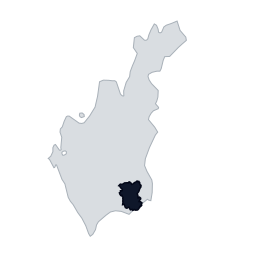 Talin, Aragatsotn, Armenia (highlighted), rotated 250°
{"feature_id": "60910142B13156315773752", "entity_name": "Talin", "entity_type": "district", "adm_level": 2, "iso_a3": "ARM", "parent_name": "Armenia", "parent_adm1": "Aragatsotn", "projection": "natural_earth1", "projection_center": [43.741, 40.354], "detail": "fine", "context": "in_parent", "style": "filled", "palette": "ink", "viewbox_px": 256, "rotation_deg": 250, "n_neighbors": 0, "source": "geoboundaries", "source_scale": "gbopen_adm2", "svg_char_len": 3739}
<svg xmlns="http://www.w3.org/2000/svg" viewBox="0 0 256 256"><g transform="rotate(250 128 128)"><path d="M114.0,154.5L112.1,151.4L102.3,141.5L93.2,133.8L87.0,130.7L80.7,131.0L71.0,132.6L67.4,131.9L59.0,128.6L51.9,124.6L52.9,123.0L54.4,121.8L52.6,116.7L48.7,108.4L49.1,105.8L47.8,102.2L46.5,99.5L52.0,93.1L54.5,87.9L55.1,82.8L53.6,77.6L50.0,68.1L47.7,65.3L43.6,62.7L40.1,58.5L39.2,55.5L42.2,54.9L50.7,54.9L59.0,53.8L65.5,51.9L74.9,50.2L78.8,48.8L83.3,48.1L97.1,49.6L102.3,48.4L117.7,48.2L118.1,47.6L116.0,45.6L116.0,44.8L125.3,43.5L126.7,42.6L127.9,45.8L131.4,49.3L135.2,50.7L137.2,52.7L137.3,54.2L130.6,56.0L130.2,56.9L130.6,57.8L132.6,58.2L142.0,62.6L147.4,62.7L150.2,64.1L151.6,66.7L156.1,70.3L159.7,73.9L159.9,75.1L159.3,76.8L149.3,83.7L148.1,86.1L147.9,88.6L152.4,96.0L158.9,104.2L168.3,110.3L181.2,117.1L181.4,121.2L179.4,126.2L177.7,129.5L176.9,131.8L175.3,132.8L162.5,132.5L160.6,133.3L159.7,134.3L159.7,135.1L164.3,136.6L171.5,141.9L175.7,147.1L180.1,149.3L184.9,153.4L188.9,157.2L194.9,162.2L201.7,160.5L210.7,164.9L211.1,167.9L210.6,170.6L204.9,173.5L204.3,174.7L204.3,175.7L205.0,177.1L208.4,179.5L212.3,183.1L216.8,188.3L214.8,189.9L210.7,190.1L207.5,189.5L206.4,190.6L206.5,192.3L210.7,196.3L211.5,199.2L211.4,204.3L211.7,210.7L201.9,210.3L193.6,213.4L190.4,212.8L188.3,207.3L186.5,202.9L181.0,191.6L182.5,186.9L179.5,184.2L172.3,179.4L170.5,177.4L171.5,174.7L172.1,169.7L171.4,165.6L169.5,164.4L165.9,164.3L161.6,165.3L152.9,169.2L146.9,166.7L143.4,164.2L141.4,162.1L136.9,163.8L135.8,163.0L135.5,157.8L134.1,155.0L131.4,151.7L128.9,150.1L119.6,153.4L114.0,154.5ZM128.0,61.2L128.3,59.3L127.8,57.6L126.3,57.1L124.5,57.5L124.4,59.4L124.9,61.2L126.8,62.0L128.0,61.2ZM157.8,90.1L155.7,91.3L153.7,90.8L153.7,87.8L155.1,86.7L156.8,86.7L158.4,87.8L157.8,90.1Z" fill="#d9dde1" stroke="#a8b0b8" stroke-width="1"/><path d="M76.9,99.6L76.5,100.1L76.1,100.5L74.9,100.5L73.8,100.9L72.4,101.7L71.1,101.0L71.6,99.4L70.4,99.0L70.1,98.5L70.1,97.8L69.2,97.7L68.6,97.7L67.9,97.9L67.0,98.1L66.9,98.3L67.0,98.7L67.0,99.2L66.9,99.4L66.7,99.4L66.4,99.2L66.0,99.1L65.7,99.1L65.3,99.3L64.5,99.5L64.1,99.5L63.6,99.0L63.0,98.8L62.4,98.9L61.1,98.0L60.8,98.0L60.5,98.2L58.6,97.1L57.8,96.7L57.7,98.1L57.6,98.3L56.2,98.3L54.1,98.3L53.1,99.3L53.0,99.7L53.3,101.0L53.3,101.8L52.7,101.9L51.1,102.1L50.4,102.2L50.2,102.4L50.2,103.1L50.2,104.0L49.4,104.0L49.2,104.2L49.0,104.3L49.0,104.5L49.0,104.8L49.2,105.0L49.2,105.3L49.3,105.4L49.3,105.5L49.3,105.8L49.2,105.9L49.2,106.0L48.9,106.0L48.8,106.3L48.7,106.4L48.6,106.5L48.6,106.8L48.6,107.1L48.4,107.2L48.2,107.2L48.2,107.3L48.2,107.5L48.0,107.8L47.9,108.0L48.0,108.1L48.0,108.3L48.0,108.5L47.9,108.8L47.7,109.0L47.8,109.3L47.9,109.5L48.0,109.7L48.2,109.9L48.3,110.1L48.3,110.3L48.5,110.4L48.6,110.5L48.8,110.8L48.9,111.0L49.0,111.3L49.1,111.5L49.3,111.5L49.5,111.7L49.5,111.8L49.6,112.0L49.8,112.1L49.7,112.3L49.8,112.5L50.0,112.6L50.3,112.8L50.3,113.0L50.2,113.3L50.1,113.5L50.3,113.7L50.4,113.8L50.5,113.8L50.5,114.0L50.6,114.4L50.7,114.5L50.8,114.5L50.9,114.4L51.0,114.4L51.1,114.5L51.3,114.5L51.5,114.5L51.8,114.5L52.1,114.7L52.3,114.8L52.4,115.0L52.5,115.1L52.6,115.3L52.8,115.4L52.9,115.5L54.3,114.6L54.6,114.4L55.1,113.2L56.4,114.5L57.0,115.7L57.8,115.9L59.1,115.2L58.8,114.4L58.8,113.6L59.6,113.8L60.4,114.1L62.2,114.2L63.2,114.2L64.6,116.4L66.7,118.1L67.7,119.2L68.2,120.0L68.9,120.1L69.2,120.5L69.4,120.4L70.0,120.5L70.3,120.0L71.4,120.1L72.0,119.8L72.3,119.8L72.6,120.0L72.8,120.3L73.5,120.0L73.8,120.0L74.2,119.9L74.0,118.9L75.1,118.4L74.9,117.9L74.2,115.7L74.5,115.5L73.6,113.0L73.7,112.1L75.3,112.0L75.9,111.3L76.7,111.2L77.0,110.5L76.3,109.9L76.9,108.3L77.6,105.9L77.4,105.3L77.0,103.5L77.4,102.4L77.9,101.6L77.4,100.5L76.9,99.6Z" fill="#0f172a" stroke="#020617" stroke-width="1.5"/></g></svg>